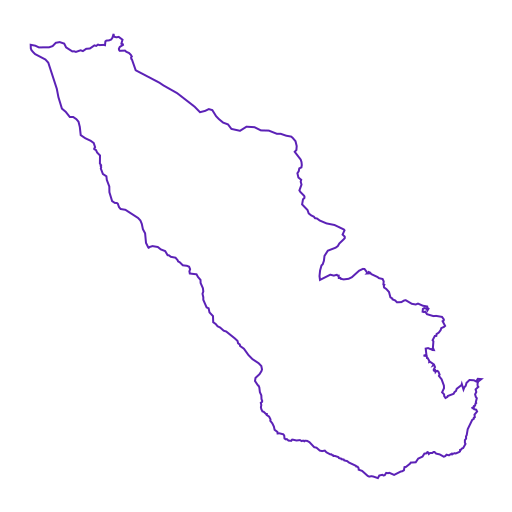 San Miguel de Urcuqui, Imbabura, Ecuador
{"feature_id": "8360857B34555635043771", "entity_name": "San Miguel de Urcuqui", "entity_type": "district", "adm_level": 2, "iso_a3": "ECU", "parent_name": "Ecuador", "parent_adm1": "Imbabura", "projection": "albers", "projection_center": [-78.284, 0.578], "detail": "fine", "context": "isolated", "style": "outline", "palette": "violet", "viewbox_px": 512, "rotation_deg": 0, "n_neighbors": 0, "source": "geoboundaries", "source_scale": "gbopen_adm2", "svg_char_len": 6010}
<svg xmlns="http://www.w3.org/2000/svg" viewBox="0 0 512 512"><path d="M463.2,448.0L465.5,443.9L464.9,442.8L464.9,440.1L466.1,438.6L466.0,436.4L466.7,435.1L467.7,429.2L472.2,419.9L473.8,418.8L473.8,417.8L474.8,417.2L474.5,414.6L477.1,411.5L476.2,409.7L474.1,409.2L473.7,407.9L472.5,408.2L472.3,407.8L474.1,406.7L474.0,406.0L475.1,405.5L475.4,403.8L476.2,403.0L475.8,402.2L476.8,398.2L475.8,396.9L475.1,394.3L476.3,392.0L475.6,389.4L478.3,386.9L477.7,386.2L477.5,384.0L478.1,381.6L481.3,379.1L477.8,378.8L476.2,381.5L474.0,380.3L469.5,380.0L466.5,382.9L465.7,385.8L464.3,387.4L463.5,389.5L461.8,384.0L461.5,385.1L456.7,388.8L456.0,390.9L454.5,392.1L453.6,393.8L447.8,396.0L447.4,396.9L445.5,398.0L444.2,396.1L444.1,394.4L442.1,392.3L444.0,388.2L443.9,385.6L441.6,379.3L438.9,375.9L439.6,374.6L438.5,371.9L437.5,370.9L436.2,371.1L435.5,372.0L435.2,370.3L434.2,370.8L433.8,370.5L433.7,369.6L435.0,367.1L434.1,364.9L433.1,365.4L433.7,364.4L433.1,363.9L430.1,361.8L429.2,362.1L429.3,361.0L427.7,358.1L427.0,358.0L426.7,356.0L423.6,355.7L426.4,354.7L425.7,348.6L428.1,348.1L430.7,349.2L431.4,349.1L432.3,350.0L433.9,350.1L432.9,347.8L433.4,341.3L432.6,340.2L434.8,336.0L436.3,335.9L436.6,334.0L438.7,332.7L440.6,330.2L441.3,328.1L444.0,326.9L445.1,325.9L442.6,321.2L443.7,320.5L443.8,319.4L442.0,316.9L436.2,315.9L433.4,316.1L427.0,314.2L425.2,311.6L424.0,312.1L422.6,311.7L422.9,308.9L424.2,308.1L426.7,308.8L427.4,310.5L428.5,308.7L427.4,307.9L427.2,306.5L422.8,305.7L418.0,303.6L415.7,304.5L411.8,303.8L405.7,300.2L404.1,300.5L401.4,302.1L397.0,302.3L395.1,300.4L392.5,299.4L392.3,298.5L390.4,297.3L389.0,292.0L386.3,289.0L384.1,287.5L383.8,285.9L384.3,284.8L383.4,284.4L383.7,281.4L382.6,279.0L378.8,278.1L377.7,277.1L371.3,274.1L370.1,272.6L368.9,272.1L368.9,273.4L367.0,273.5L367.3,273.2L366.4,271.5L364.5,269.0L362.9,268.9L359.1,270.7L351.9,277.2L348.6,278.8L343.7,279.4L340.7,278.8L340.4,277.9L338.8,278.0L338.7,275.6L337.6,275.6L336.8,274.8L333.8,275.6L330.3,274.7L320.0,279.9L319.5,276.1L320.1,270.4L321.5,265.4L322.7,264.3L323.9,260.8L324.5,255.9L327.8,250.7L335.6,247.7L337.8,246.1L339.3,243.5L343.8,239.2L344.8,238.0L344.7,236.6L342.6,234.6L344.5,230.3L343.9,229.5L334.5,225.0L326.5,223.4L319.7,220.5L317.0,218.5L315.0,218.2L313.9,216.7L311.2,215.4L308.7,213.4L307.5,210.0L302.1,204.4L303.0,199.3L304.4,198.0L304.5,196.8L304.2,195.9L300.3,191.9L299.4,190.4L301.5,184.6L300.7,181.7L301.2,179.8L298.4,177.5L297.4,173.2L298.7,171.3L299.3,168.4L301.4,167.4L301.8,165.1L301.5,162.1L300.7,159.6L294.7,151.8L296.4,150.0L296.7,146.1L295.5,141.2L292.7,137.9L291.2,136.6L286.2,135.7L280.7,133.8L276.9,133.8L268.8,130.6L260.9,130.4L254.5,127.2L246.5,126.7L240.0,130.8L231.4,128.9L228.0,124.4L223.1,122.6L218.9,119.1L216.1,116.2L212.3,110.1L208.8,109.1L205.1,110.9L200.0,112.2L194.6,106.7L177.2,93.2L163.4,85.4L159.4,82.7L135.7,70.3L131.9,59.4L131.3,58.9L131.1,57.3L131.8,56.5L130.8,54.8L129.0,53.0L126.3,51.8L125.0,50.6L119.7,50.8L119.0,49.8L118.9,48.7L119.8,46.9L123.0,44.9L122.8,44.2L121.4,43.7L122.5,39.7L118.7,36.9L116.4,37.3L114.4,36.8L113.8,35.9L113.6,33.9L112.4,37.8L111.2,39.5L109.0,40.4L106.4,40.6L105.4,41.4L105.0,45.2L103.8,44.9L99.4,45.1L98.0,44.6L96.2,45.9L94.4,45.4L89.9,48.5L86.2,48.8L82.9,51.1L80.6,50.3L75.9,51.9L74.1,51.3L72.3,51.4L66.1,47.4L64.2,43.6L59.7,42.1L55.8,42.8L52.6,46.1L49.1,47.3L38.9,47.4L35.3,45.7L30.7,44.8L30.8,48.4L31.5,50.2L33.2,52.2L35.1,54.1L45.4,59.5L48.3,62.7L56.8,88.8L58.4,97.1L61.9,108.6L65.7,111.8L69.8,117.0L73.2,117.0L76.4,119.2L78.5,121.7L79.8,126.9L80.7,135.1L85.2,138.2L90.7,140.8L93.7,143.0L95.1,147.2L94.2,148.5L94.3,149.2L96.0,150.1L97.1,152.5L100.0,155.5L99.9,163.5L101.1,165.2L100.6,165.9L101.2,167.1L100.8,168.5L102.9,174.0L106.4,176.3L106.8,179.9L109.3,186.5L109.4,192.2L112.1,201.1L114.8,202.9L116.8,203.0L117.8,203.7L119.0,207.1L120.6,209.0L125.4,209.8L138.1,218.0L140.4,220.5L141.8,223.9L142.9,229.2L145.1,233.3L146.0,242.9L148.3,247.5L148.7,247.8L149.6,247.0L152.5,246.1L157.8,247.0L160.8,249.4L165.2,251.1L167.6,255.2L168.9,255.3L170.8,256.8L175.5,257.7L177.7,260.3L178.1,261.4L179.8,262.3L182.8,265.3L186.9,265.8L189.1,266.7L190.1,269.2L189.4,271.3L189.8,273.5L196.5,274.3L198.0,277.0L200.5,279.9L200.6,283.0L202.9,288.2L203.3,291.4L202.5,293.8L203.3,297.2L203.3,299.8L206.6,307.4L208.6,308.3L209.5,312.4L213.0,316.1L213.2,322.2L215.7,324.0L217.6,326.3L220.1,327.5L223.7,330.7L226.2,331.5L234.7,338.3L237.5,340.9L238.1,343.3L239.8,344.5L240.1,346.0L243.9,348.7L248.4,355.0L252.4,359.1L258.6,363.2L261.3,366.0L262.0,369.4L261.4,371.2L259.5,374.2L255.5,377.9L255.0,381.0L258.0,385.5L258.5,385.6L259.3,387.4L259.9,392.2L261.3,395.3L261.5,399.1L262.2,400.9L262.1,401.8L260.8,402.8L261.3,405.1L260.9,407.2L261.3,409.1L262.4,411.4L263.7,411.8L265.9,413.9L266.8,414.0L266.7,415.0L269.1,416.6L270.5,419.4L270.3,420.8L272.3,423.3L273.9,426.6L274.6,429.8L277.4,431.9L277.6,433.5L279.4,433.3L283.3,434.3L284.2,435.5L284.5,438.5L285.9,439.4L286.8,439.1L288.5,440.6L291.3,440.8L292.0,439.7L292.6,439.6L296.5,440.5L299.9,440.1L301.7,441.1L303.1,440.6L304.3,441.3L305.0,440.7L307.2,440.9L309.5,442.2L314.2,447.2L316.5,447.7L319.8,450.6L322.2,451.1L324.8,450.6L326.4,452.3L330.3,454.4L331.3,454.3L332.5,455.3L333.1,455.3L333.5,456.0L334.8,455.9L338.4,457.1L339.0,458.1L341.4,458.7L341.6,459.3L343.7,459.5L344.2,460.4L347.2,461.1L348.9,462.5L355.9,465.8L356.2,466.5L357.6,466.7L358.6,468.2L358.7,469.7L362.1,470.9L367.7,475.9L369.2,476.6L371.4,476.2L373.2,476.5L377.9,478.1L379.3,475.5L382.4,474.8L383.5,475.5L384.7,475.2L386.2,472.9L388.1,473.2L389.3,472.8L394.1,474.9L400.8,471.5L402.1,471.3L403.9,470.3L404.5,467.1L406.0,466.9L410.1,463.6L410.7,462.6L415.7,462.3L418.2,458.6L422.5,456.6L424.4,453.6L426.3,453.4L427.4,452.1L428.0,452.3L428.8,454.0L430.0,453.0L432.3,453.0L433.5,452.0L434.5,452.0L436.1,453.6L439.7,454.4L443.8,456.7L445.3,456.1L446.5,454.7L449.0,455.3L450.6,454.2L451.9,454.4L452.1,453.6L453.1,453.8L454.7,453.2L455.7,453.5L459.2,452.0L460.0,451.4L460.1,449.9L460.9,449.8L461.8,448.6L463.2,448.0Z" fill="none" stroke="#5b21b6" stroke-width="2"/></svg>